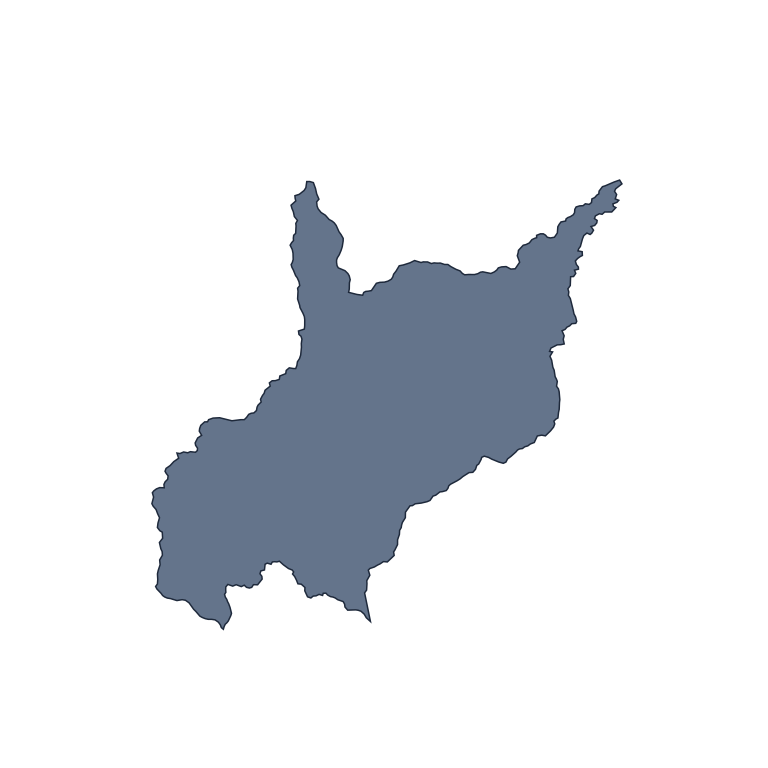 Cristalândia, Tocantins, Brazil (Natural Earth projection), rotated 119°
{"feature_id": "56859067B40620192903678", "entity_name": "Cristalândia", "entity_type": "district", "adm_level": 2, "iso_a3": "BRA", "parent_name": "Brazil", "parent_adm1": "Tocantins", "projection": "natural_earth1", "projection_center": [-49.344, -10.64], "detail": "fine", "context": "isolated", "style": "filled", "palette": "slate", "viewbox_px": 768, "rotation_deg": 119, "n_neighbors": 0, "source": "geoboundaries", "source_scale": "gbopen_adm2", "svg_char_len": 6168}
<svg xmlns="http://www.w3.org/2000/svg" viewBox="0 0 768 768"><g transform="rotate(119 384 384)"><path d="M598.3,280.7L576.1,299.7L572.7,299.3L566.9,302.1L564.4,303.7L558.1,303.7L554.4,307.5L552.2,306.9L548.7,303.7L545.4,301.8L543.2,300.2L539.6,298.4L538.0,294.8L529.0,292.0L526.2,294.2L524.1,294.0L517.9,294.3L513.7,296.6L508.1,297.6L504.4,299.4L501.3,299.3L498.9,300.2L496.2,300.8L490.6,300.5L485.7,303.1L477.9,302.2L476.6,300.2L473.6,298.6L470.1,293.7L466.0,289.2L463.5,287.3L458.3,286.8L456.1,284.8L451.3,282.8L449.8,280.7L447.0,277.9L444.3,277.5L441.6,278.0L439.4,277.2L433.1,273.1L430.0,271.4L426.8,270.2L420.3,266.7L418.2,263.5L414.3,262.6L410.2,263.4L408.1,262.4L402.9,262.5L400.8,263.0L398.5,261.3L397.5,256.9L397.5,253.4L396.6,245.8L395.5,241.2L393.2,239.5L389.6,239.6L385.8,237.9L379.5,235.7L377.0,235.2L375.1,234.0L373.3,231.6L370.7,230.5L368.4,228.2L365.5,226.9L362.3,224.2L355.1,224.7L352.3,221.3L351.1,217.7L344.1,215.6L339.5,214.8L336.1,215.3L334.1,217.4L331.3,216.6L329.4,215.4L324.2,217.6L321.2,218.5L315.0,221.6L312.5,222.6L305.8,227.1L303.7,229.1L302.3,232.0L297.7,233.7L296.2,235.5L294.6,237.9L289.4,241.9L287.5,244.4L281.9,248.9L279.3,252.3L274.2,252.1L275.2,255.0L271.6,255.4L265.8,251.5L263.9,248.4L261.6,245.8L258.0,248.9L254.5,249.8L251.1,254.1L248.5,252.1L245.5,251.5L243.1,249.8L240.2,249.0L238.0,245.7L235.8,245.8L232.5,248.9L230.5,251.9L227.8,254.2L218.9,262.5L217.1,265.7L213.9,267.0L211.6,269.3L207.6,268.8L199.7,272.8L198.1,270.3L194.3,269.9L192.1,272.6L189.3,269.6L187.5,270.7L186.2,273.7L183.6,276.3L180.3,275.5L177.5,274.2L175.4,272.8L172.2,274.8L173.5,278.9L171.3,279.3L168.6,278.9L160.7,280.8L157.3,281.2L153.6,279.7L153.3,276.2L151.4,275.4L147.9,275.3L145.9,279.3L143.2,276.6L139.9,276.0L137.6,276.9L137.3,280.1L134.5,280.6L130.7,278.2L129.8,275.5L126.6,274.4L123.1,268.2L117.3,266.7L117.4,269.5L115.5,271.1L112.1,268.3L109.5,267.7L110.0,271.5L105.5,272.4L103.7,275.8L100.9,276.0L93.6,272.9L91.4,276.8L95.8,280.7L103.4,286.6L105.5,288.6L111.0,289.4L113.6,288.3L115.6,289.4L118.8,290.1L121.3,291.9L124.7,290.5L127.4,291.6L128.8,295.3L131.5,296.3L133.4,299.3L136.0,301.8L138.7,301.8L141.8,300.4L144.2,300.5L147.2,302.1L149.3,303.9L151.3,304.8L153.4,304.2L156.5,307.8L159.5,308.2L162.2,308.2L167.9,305.6L173.0,306.1L175.6,309.3L176.5,312.3L175.5,314.9L175.4,317.4L176.8,320.0L180.0,322.6L182.0,321.4L183.6,322.9L186.0,324.6L190.2,325.3L193.2,327.4L195.1,329.5L201.9,331.2L204.2,330.3L207.2,329.6L211.7,324.4L219.6,325.1L222.0,328.8L222.1,334.1L224.6,338.0L227.0,340.3L229.6,340.6L232.4,341.8L235.5,344.1L238.0,352.0L239.5,353.9L242.0,355.4L244.4,357.9L247.2,363.1L249.4,366.4L249.3,369.1L248.2,372.3L248.8,376.6L248.9,382.4L248.5,386.1L250.1,389.0L250.9,393.3L252.5,396.0L253.8,398.9L255.7,401.0L256.1,405.0L258.2,408.9L259.8,410.5L261.2,417.1L265.5,420.1L270.5,424.8L273.2,428.0L279.4,428.2L283.3,428.8L286.2,428.2L288.8,428.4L292.0,430.3L294.7,433.0L297.1,436.9L299.6,439.5L308.4,440.3L310.5,442.8L311.9,444.9L313.8,446.1L316.7,445.7L318.8,451.1L321.0,459.4L317.8,460.4L312.3,463.3L309.2,464.1L306.3,466.8L304.9,469.1L303.8,473.1L304.6,480.3L303.2,482.5L300.7,484.4L298.5,485.6L296.2,486.0L292.7,485.8L287.9,486.3L284.1,487.1L278.6,489.1L276.4,490.3L274.2,493.9L272.7,497.1L268.5,502.7L267.2,505.6L266.7,508.2L266.7,511.8L264.8,517.1L264.5,522.2L262.7,526.6L260.8,528.8L257.4,531.2L253.9,530.5L250.4,535.0L246.2,538.7L242.1,543.4L242.9,547.1L244.4,549.7L250.2,547.5L253.5,547.7L259.2,550.1L262.5,553.2L264.6,551.8L266.7,549.9L272.7,552.0L275.1,549.6L277.3,546.8L281.0,543.6L282.9,539.0L286.3,539.0L288.5,537.5L295.1,534.3L297.7,535.1L300.4,534.0L302.4,532.7L305.2,533.3L308.1,533.4L310.9,529.4L313.7,527.0L319.1,523.8L322.2,523.1L324.6,523.1L326.6,521.1L328.3,518.5L332.1,513.8L333.1,511.5L335.8,507.9L338.8,505.4L342.1,506.0L344.5,504.2L351.5,500.8L356.1,495.9L357.9,494.5L361.4,489.2L363.7,486.3L366.2,484.5L371.7,481.5L374.6,480.3L379.1,484.5L381.9,482.4L382.5,479.7L384.6,477.5L388.8,475.9L391.9,474.0L399.1,470.9L402.8,470.2L406.5,470.5L410.0,469.2L413.3,468.7L414.4,470.8L415.8,474.7L419.5,476.1L422.6,475.0L427.5,479.0L430.7,477.8L433.7,480.6L435.4,483.4L438.6,484.8L441.0,482.5L447.1,485.0L450.4,484.3L452.8,484.7L457.2,484.6L459.3,482.7L463.5,483.9L465.8,483.8L469.0,482.7L472.4,483.8L474.0,486.0L476.1,487.6L479.8,488.0L482.9,488.9L484.6,491.9L489.9,499.2L493.2,511.4L496.7,517.0L500.2,520.1L502.6,520.0L504.1,522.5L509.0,524.2L512.2,523.7L514.8,522.7L517.3,518.6L521.5,520.8L527.1,520.6L529.0,519.0L530.5,516.0L532.7,515.0L535.1,515.8L537.1,520.6L539.3,522.3L540.6,526.3L543.7,528.7L544.8,531.6L548.5,527.6L553.7,530.2L559.0,531.5L563.5,533.7L566.5,533.2L567.8,531.1L569.0,528.3L572.2,527.0L575.6,528.0L578.5,527.8L581.3,525.9L583.4,530.0L586.1,532.2L589.0,533.5L591.4,533.9L594.6,530.7L601.2,529.0L602.8,526.6L604.3,522.5L607.2,519.1L609.8,515.5L615.1,514.3L619.4,512.6L621.0,508.9L621.1,506.1L626.3,502.8L631.5,503.6L636.3,499.3L638.1,496.8L641.2,494.8L646.7,494.9L650.6,492.2L656.5,491.1L659.9,490.1L664.7,487.1L668.8,485.2L671.8,485.6L673.4,483.2L675.2,477.4L676.3,475.1L676.6,472.6L676.3,469.8L675.2,466.7L673.8,460.1L670.5,456.0L669.4,452.8L669.9,448.4L673.3,441.3L674.1,438.4L676.3,432.5L676.3,429.8L675.9,426.6L675.0,423.6L673.4,420.7L672.2,417.4L672.6,413.4L674.0,410.4L675.9,408.2L676.4,405.6L673.7,406.2L671.1,406.4L669.1,405.7L666.8,405.3L660.8,405.7L658.5,406.2L654.1,410.3L651.5,413.3L650.2,415.3L648.6,417.1L647.3,419.5L645.2,421.5L642.9,421.3L640.9,422.6L638.2,424.0L635.0,423.4L634.1,418.3L631.2,416.0L630.4,410.6L627.7,408.7L628.5,405.7L627.7,402.8L626.0,401.1L622.8,400.9L620.9,397.2L613.7,396.0L611.4,397.6L610.1,400.5L607.2,401.1L604.6,398.4L599.3,400.6L597.3,399.3L596.4,395.4L593.8,395.4L592.5,393.6L591.5,391.4L589.7,389.5L590.9,384.4L591.7,378.1L591.2,374.1L592.2,371.9L594.5,371.9L595.7,368.8L598.1,365.3L600.5,362.4L599.2,359.3L600.3,354.5L603.3,353.0L607.2,347.7L606.6,344.2L603.8,343.1L602.2,340.7L599.5,338.8L598.7,335.2L596.5,335.7L595.1,333.4L595.9,330.9L595.9,327.7L595.1,325.4L594.8,322.9L595.1,319.9L594.1,314.2L595.6,311.8L598.0,310.0L599.4,306.1L595.3,299.3L594.4,296.9L593.9,294.0L594.9,289.7L597.0,286.2L598.3,280.7Z" fill="#64748b" stroke="#1e293b" stroke-width="1.5"/></g></svg>